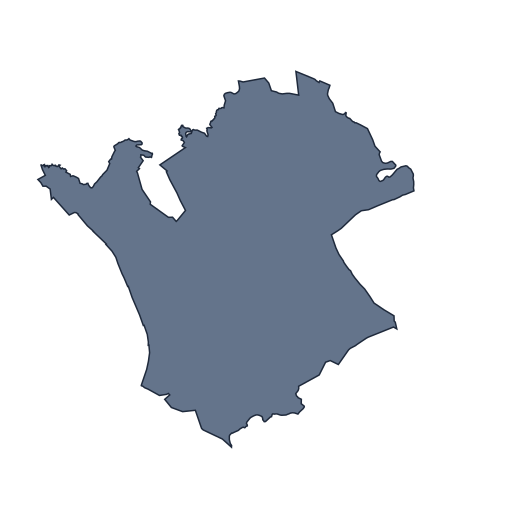 Lendžu pag., Rezeknes, Latvia (Mercator projection), rotated 69°
{"feature_id": "27541924B30394779880329", "entity_name": "Lendžu pag.", "entity_type": "district", "adm_level": 2, "iso_a3": "LVA", "parent_name": "Latvia", "parent_adm1": "Rezeknes", "projection": "mercator", "projection_center": [27.481, 56.572], "detail": "fine", "context": "isolated", "style": "filled", "palette": "slate", "viewbox_px": 512, "rotation_deg": 69, "n_neighbors": 0, "source": "geoboundaries", "source_scale": "gbopen_adm2", "svg_char_len": 6104}
<svg xmlns="http://www.w3.org/2000/svg" viewBox="0 0 512 512"><g transform="rotate(69 256 256)"><path d="M98.0,152.6L121.1,158.5L116.1,166.5L115.1,169.3L114.1,173.4L112.2,176.5L110.3,178.0L107.2,182.4L99.1,182.1L92.9,184.3L88.9,205.7L87.0,208.2L86.3,209.7L91.6,210.7L93.9,211.4L95.7,212.7L96.5,214.4L97.1,216.6L97.0,217.8L96.7,218.6L94.4,220.6L93.8,221.6L93.3,224.2L93.2,226.3L93.7,227.6L94.9,228.6L100.2,228.8L103.8,231.6L106.2,232.8L105.3,234.3L105.3,234.8L105.7,235.5L105.6,236.1L104.9,237.7L105.9,238.7L105.6,239.5L106.0,240.5L107.0,241.3L107.7,241.4L108.7,242.7L110.1,242.7L110.6,243.0L110.8,244.5L111.9,244.7L112.5,245.1L112.9,246.2L113.4,246.5L113.6,247.1L113.5,247.4L114.2,248.5L114.3,248.8L114.0,249.1L114.1,249.4L114.0,249.6L114.4,250.2L115.2,250.6L116.0,251.5L116.8,252.0L120.2,251.0L120.4,251.8L118.9,254.7L119.1,255.2L119.1,256.3L120.6,256.3L121.5,257.0L125.7,257.3L127.1,258.3L126.4,259.2L122.9,260.1L121.0,262.4L117.4,265.7L116.8,267.4L116.0,268.8L115.5,269.1L115.5,269.8L116.4,270.9L118.4,272.5L118.2,274.0L118.3,274.3L118.1,274.5L118.0,275.4L118.2,275.5L118.3,276.4L119.9,278.1L119.3,278.4L116.4,277.8L115.5,276.8L115.4,275.0L116.0,274.1L116.5,272.8L116.1,271.7L113.3,272.3L112.5,273.2L111.8,274.5L111.7,275.2L111.2,276.0L108.8,278.0L108.2,278.0L108.2,277.7L107.9,277.5L107.5,278.0L107.4,278.7L108.9,280.2L109.3,280.2L109.7,281.1L109.5,281.3L110.0,281.9L109.9,282.7L110.2,283.1L110.9,282.9L113.3,283.1L114.2,284.2L115.8,284.2L116.3,282.8L116.7,282.6L117.4,282.9L117.9,282.6L118.0,282.1L118.7,282.0L119.6,282.5L119.9,283.7L120.8,284.3L122.4,282.6L124.4,282.2L126.5,285.4L127.1,285.4L129.5,283.1L136.5,313.1L144.8,308.5L145.2,309.5L154.0,309.1L168.9,307.2L177.2,306.8L188.2,305.5L194.5,316.6L195.1,318.1L189.9,320.0L188.5,323.9L169.8,336.2L167.6,335.1L153.0,338.5L136.0,336.9L134.2,337.1L132.7,333.5L131.4,334.2L126.6,327.2L122.3,328.4L122.1,328.0L120.3,327.2L121.7,324.7L124.0,323.7L125.6,320.5L125.4,319.8L125.5,319.3L126.5,318.4L126.3,318.0L124.7,317.1L124.2,316.4L123.2,316.0L122.8,316.1L122.7,316.8L122.0,317.4L119.3,319.8L117.8,322.4L116.4,324.2L112.9,325.9L111.1,328.4L110.3,328.7L109.7,327.8L109.8,326.8L111.0,323.2L110.6,322.2L109.5,321.8L107.6,322.5L107.0,323.1L106.3,325.7L106.3,326.6L105.9,327.9L105.2,329.0L102.6,332.0L100.9,332.6L101.3,333.7L101.4,335.0L100.8,336.7L101.2,337.8L101.4,339.7L101.3,340.6L101.5,341.2L101.3,342.6L100.9,343.0L101.0,343.7L101.6,344.8L102.4,348.9L103.1,349.6L107.0,349.5L107.4,350.3L111.7,355.0L113.7,356.1L113.4,356.9L115.1,359.7L117.3,359.4L122.5,364.4L125.0,369.9L126.0,371.1L126.6,372.8L129.7,377.9L130.9,380.9L132.9,383.1L133.6,384.8L133.0,385.8L132.0,386.3L129.9,386.9L127.9,386.9L127.6,387.9L128.1,388.9L127.5,391.5L126.3,392.4L125.1,394.2L120.0,393.9L118.2,395.3L115.9,397.6L115.5,398.2L115.3,400.6L113.2,400.2L109.6,403.4L108.5,402.2L106.1,403.1L105.8,404.5L104.4,405.3L104.8,406.7L101.6,407.8L101.0,406.4L100.3,407.3L100.8,407.8L101.3,409.5L101.1,409.9L100.4,410.2L100.1,411.0L99.4,410.8L99.1,412.4L98.4,413.1L97.3,413.5L98.3,414.5L97.7,416.3L98.4,416.6L99.1,417.5L99.1,417.9L97.9,417.8L97.4,418.5L97.1,417.9L96.9,417.9L96.3,420.0L97.1,420.9L97.0,421.2L94.8,420.7L94.8,421.6L95.4,422.3L94.9,422.8L94.9,423.6L93.4,424.1L98.7,424.4L105.2,423.8L106.4,432.2L110.3,430.6L114.5,429.9L115.6,426.9L119.7,424.2L129.8,426.7L128.7,424.1L150.8,415.7L150.3,410.0L151.1,408.3L153.1,407.0L153.6,407.3L167.4,402.6L173.8,399.3L174.9,398.9L174.9,399.1L191.2,391.4L191.4,392.0L199.9,388.7L207.0,387.3L213.5,387.6L224.8,387.4L228.9,387.0L238.5,386.7L238.5,386.1L250.4,386.5L269.3,385.8L280.5,386.1L280.6,385.3L290.2,385.6L297.7,387.3L300.7,388.6L300.8,387.9L308.2,390.0L315.8,394.2L322.7,398.7L335.7,409.5L336.1,409.5L337.0,408.3L339.0,407.2L341.6,404.5L351.6,396.1L353.1,389.1L352.9,387.1L354.8,386.3L357.1,392.6L367.1,389.3L375.0,380.3L378.3,367.9L397.5,368.6L399.5,367.6L414.8,353.0L425.7,347.4L424.2,346.7L421.8,347.2L417.9,346.7L414.5,345.4L413.7,344.6L412.6,342.2L413.0,341.2L412.8,340.6L412.5,334.9L411.7,333.0L411.2,330.2L411.3,329.2L412.2,328.3L412.3,327.8L411.5,326.4L411.5,325.0L410.7,324.7L408.8,324.9L407.8,324.1L405.3,319.9L404.8,318.5L404.4,315.5L404.4,312.9L404.9,311.5L405.7,310.3L406.8,309.1L408.0,308.0L409.6,307.9L411.4,308.4L412.3,307.9L413.5,307.8L413.9,307.1L413.9,306.3L411.4,300.1L411.6,299.1L409.6,297.6L409.4,296.7L410.2,295.7L410.2,295.1L411.0,292.9L413.2,290.3L413.9,289.0L415.2,284.9L415.1,283.0L415.2,282.0L415.0,280.3L415.4,278.2L416.3,276.3L418.6,273.5L417.2,271.2L415.4,266.6L414.2,265.0L413.4,264.8L410.1,266.7L406.0,265.0L403.2,267.6L402.4,267.6L401.3,268.3L398.7,268.2L397.2,265.6L396.3,264.5L394.9,263.5L392.9,262.9L389.7,239.6L380.1,229.1L380.2,224.2L386.8,218.0L376.8,203.2L376.0,201.1L375.3,195.0L374.9,194.0L372.3,182.7L372.0,180.5L371.6,153.1L374.5,150.7L367.7,149.7L366.2,150.3L361.3,148.6L352.1,155.8L342.2,162.7L335.1,164.1L325.7,166.4L319.7,169.0L311.8,171.6L307.5,172.7L303.6,173.0L302.1,174.0L297.5,175.3L293.3,176.3L292.0,176.2L284.3,178.0L277.1,178.5L263.2,178.0L261.8,170.8L260.7,166.4L253.2,148.4L251.5,141.4L253.1,134.4L252.7,124.2L252.4,108.1L252.8,107.0L252.3,100.2L251.7,97.4L252.1,94.5L251.8,85.2L248.8,84.6L245.8,83.1L243.0,82.1L239.4,81.5L237.4,80.3L235.9,79.8L230.4,80.4L228.2,81.9L226.5,82.5L225.5,83.7L224.8,88.7L225.4,91.1L225.6,93.2L229.2,99.7L230.2,102.4L230.1,103.6L228.7,104.6L228.4,105.6L228.9,107.1L230.7,109.7L230.9,110.5L231.0,113.0L230.6,113.6L229.6,114.2L227.0,114.4L225.1,115.0L224.2,114.8L223.2,114.2L221.3,111.1L220.8,109.7L220.7,108.6L220.9,105.6L221.8,102.2L223.2,98.9L223.6,95.8L222.3,93.5L221.3,92.9L216.6,94.8L216.0,96.3L216.3,100.0L215.8,102.1L214.3,104.1L212.6,104.8L205.5,104.7L204.0,103.7L203.3,102.8L196.1,105.6L189.3,105.4L177.0,106.3L171.1,111.4L167.6,114.7L167.0,116.1L166.0,116.4L165.1,117.6L161.1,119.2L160.4,120.3L158.4,121.6L156.9,121.8L154.7,120.5L154.2,120.8L154.1,121.1L154.7,121.6L155.0,122.5L155.1,123.5L154.9,124.5L152.7,127.4L149.7,130.1L140.9,129.6L135.5,131.2L131.5,131.5L130.0,131.0L126.7,128.9L125.4,127.6L123.1,125.8L115.4,133.7L116.6,135.0L113.9,137.0L112.5,137.5L111.3,138.5L98.0,152.6Z" fill="#64748b" stroke="#1e293b" stroke-width="1.5"/></g></svg>